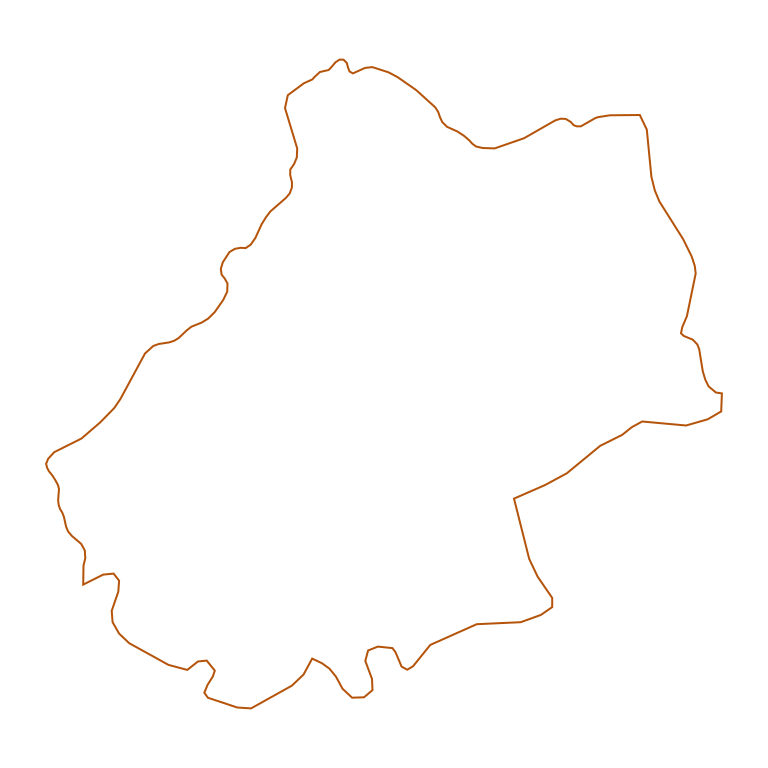 an SVG outline of Lot
{"feature_id": "FRA-5318", "entity_name": "Lot", "entity_type": "Metropolitan department", "adm_level": 1, "iso_a3": "FRA", "parent_name": "France", "parent_adm1": "", "projection": "mercator", "projection_center": [1.542, 44.633], "detail": "fine", "context": "isolated", "style": "outline", "palette": "amber", "viewbox_px": 768, "rotation_deg": 0, "n_neighbors": 0, "source": "natural_earth", "source_scale": "10m", "svg_char_len": 2292}
<svg xmlns="http://www.w3.org/2000/svg" viewBox="0 0 768 768"><path d="M721.9,393.4L721.2,411.4L707.7,419.3L686.1,425.5L642.2,421.5L631.8,427.2L622.1,434.9L600.2,445.8L566.8,473.3L544.9,485.1L514.0,498.6L529.2,558.9L537.6,576.6L552.2,597.9L552.2,607.1L540.9,614.9L520.7,622.2L476.7,624.2L430.3,644.9L413.0,666.3L407.2,669.7L401.6,666.6L395.4,652.0L392.4,648.1L377.9,646.6L368.1,650.5L365.3,660.9L372.0,678.9L372.5,690.1L364.0,697.3L352.1,697.7L342.5,688.7L336.0,676.7L329.5,668.7L321.9,663.2L312.2,658.6L303.5,674.6L291.8,685.7L251.0,708.4L237.2,707.5L208.0,697.8L204.3,692.8L207.6,684.8L212.9,676.4L214.8,670.6L206.7,660.6L197.9,661.5L187.3,669.9L168.5,664.9L129.2,643.2L119.1,633.6L112.6,622.2L111.7,610.9L118.3,591.7L119.1,580.7L113.6,573.6L103.2,574.6L83.2,584.6L83.5,565.6L85.3,558.2L84.8,550.5L81.2,543.9L71.8,535.9L68.1,531.5L66.1,526.7L63.9,516.8L62.2,512.5L60.1,509.1L58.8,505.5L58.1,500.4L59.0,489.1L58.0,485.1L55.6,480.6L52.6,475.8L49.0,471.3L47.2,468.0L46.1,463.8L48.2,458.7L54.3,452.1L81.5,438.5L90.3,430.9L100.1,422.5L114.2,408.1L120.4,399.0L145.0,353.5L153.2,346.0L158.7,344.0L169.2,342.4L174.1,340.8L178.7,338.0L186.8,330.3L191.4,326.7L201.6,322.6L208.3,318.5L214.8,312.0L223.3,299.8L227.2,291.7L227.5,283.5L224.7,278.5L221.6,274.6L220.8,268.9L222.8,262.3L229.5,252.0L235.0,248.8L240.7,247.8L245.6,248.1L250.7,244.7L255.4,237.9L261.6,224.3L266.2,216.9L270.5,211.3L285.9,197.9L289.7,193.4L291.9,187.5L292.0,182.4L290.2,175.1L290.3,169.5L294.0,164.2L296.8,157.5L297.2,148.4L285.0,108.1L287.8,95.2L303.8,83.3L312.4,79.4L314.3,77.2L319.9,72.0L328.6,70.0L330.4,68.2L335.6,62.2L339.6,59.6L343.6,59.7L346.8,63.0L348.0,67.5L349.5,71.4L352.9,73.4L365.1,67.9L372.3,67.1L388.5,72.3L397.7,77.2L416.2,90.1L435.3,107.4L438.3,112.2L439.9,117.0L442.2,122.0L447.0,126.8L457.6,131.6L464.2,136.0L469.3,140.4L472.4,143.8L476.1,146.5L482.6,148.0L494.7,148.4L524.1,138.2L555.4,120.3L560.8,118.7L565.7,118.9L570.8,122.0L573.7,125.2L576.7,126.3L580.9,126.3L595.3,118.1L598.2,117.1L609.9,115.3L639.8,115.0L646.8,129.6L651.4,176.8L654.8,190.4L659.4,201.5L683.1,239.1L691.8,256.7L694.8,266.1L695.7,273.5L686.9,316.2L682.2,327.3L681.0,333.3L683.7,335.9L692.8,339.7L697.3,344.4L699.2,349.3L702.8,371.4L705.3,379.7L708.6,386.4L715.9,392.5L721.9,393.4Z" fill="none" stroke="#b45309" stroke-width="2"/></svg>